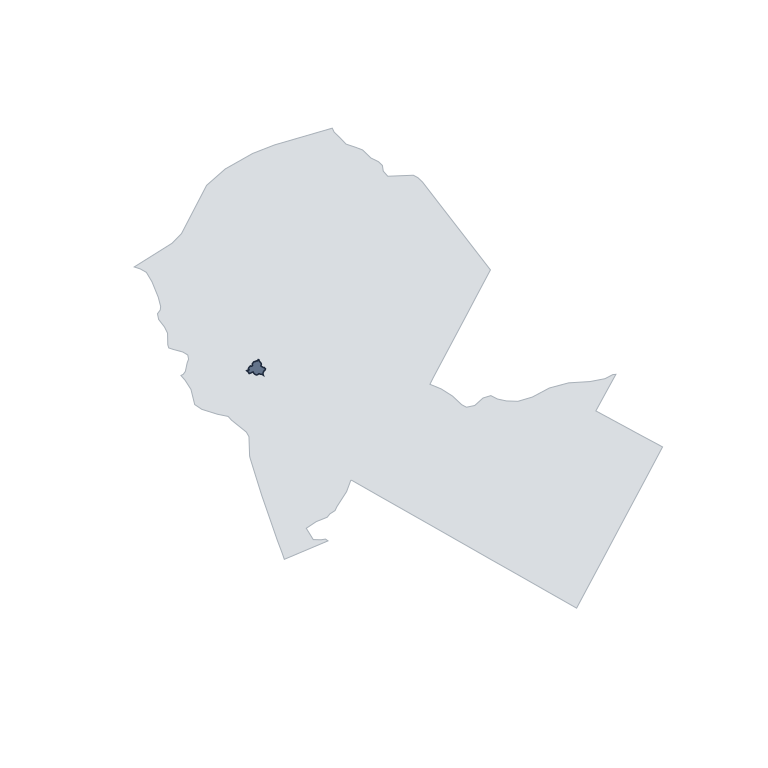 Cabañas, Zacapa, Guatemala (highlighted), rotated 118°
{"feature_id": "79465075B64001111402492", "entity_name": "Cabañas", "entity_type": "district", "adm_level": 2, "iso_a3": "GTM", "parent_name": "Guatemala", "parent_adm1": "Zacapa", "projection": "equal_earth", "projection_center": [-89.781, 14.891], "detail": "fine", "context": "in_parent", "style": "filled", "palette": "slate", "viewbox_px": 768, "rotation_deg": 118, "n_neighbors": 0, "source": "geoboundaries", "source_scale": "gbopen_adm2", "svg_char_len": 3389}
<svg xmlns="http://www.w3.org/2000/svg" viewBox="0 0 768 768"><g transform="rotate(118 384 384)"><path d="M182.4,549.8L185.0,546.3L187.3,538.3L190.0,530.1L188.4,520.6L187.4,512.8L190.6,501.6L190.3,493.2L191.8,488.0L196.4,484.6L198.8,478.2L185.9,456.1L185.9,451.0L187.6,444.8L198.3,421.2L210.9,393.2L224.9,362.2L233.3,343.6L263.7,343.6L283.8,343.5L309.3,343.5L337.0,343.5L355.2,343.5L362.7,343.3L361.5,331.2L362.5,317.8L365.8,305.7L365.8,300.3L360.4,293.8L349.9,290.0L344.1,284.2L344.0,276.8L341.5,268.0L336.4,257.6L325.9,246.9L309.9,236.1L296.3,221.5L285.1,203.2L275.6,191.4L268.3,186.4L266.6,183.8L288.0,184.1L308.3,184.3L308.5,158.1L308.7,134.8L308.8,108.5L345.5,108.5L389.4,108.6L434.8,108.6L470.5,108.7L491.5,108.7L490.6,141.3L489.5,179.1L488.8,206.9L487.7,244.0L486.6,282.0L485.2,333.8L484.2,367.3L484.7,368.1L496.6,366.5L514.4,368.0L518.7,367.8L524.1,370.8L528.3,371.6L537.3,379.2L547.9,384.9L554.6,373.4L551.1,366.4L548.4,362.9L548.8,359.8L585.6,389.7L581.3,394.3L572.0,404.9L555.0,423.2L539.9,439.5L525.3,454.3L512.1,467.6L510.6,468.9L493.9,478.5L491.1,482.9L487.5,501.7L485.8,506.4L488.9,516.9L491.9,533.0L491.0,541.5L479.4,551.9L474.1,561.3L471.8,567.3L469.7,565.8L466.1,565.3L457.8,567.7L453.8,568.2L450.5,570.9L450.2,576.7L452.4,586.2L453.2,591.0L450.9,593.3L440.7,599.0L436.7,604.6L432.8,613.3L428.3,617.0L423.7,616.3L420.4,617.6L413.3,624.1L402.7,636.8L397.0,646.2L396.8,653.2L397.9,659.5L359.2,637.2L346.3,633.4L291.9,633.9L268.6,625.1L242.1,608.2L224.2,592.8L182.4,549.8Z" fill="#d9dde1" stroke="#a8b0b8" stroke-width="1"/><path d="M438.1,507.9L437.9,507.7L437.3,507.3L436.9,506.8L436.3,506.4L436.0,506.3L435.5,505.8L435.1,505.5L434.8,505.3L434.9,505.1L435.2,504.7L435.6,504.1L435.8,503.6L435.8,503.3L436.0,502.8L436.0,501.9L436.0,501.6L436.0,501.3L436.0,501.0L435.8,500.7L435.5,500.3L435.0,500.0L434.7,499.7L433.8,499.4L433.7,499.4L433.5,499.1L433.4,498.9L433.5,498.3L433.5,497.9L433.3,497.5L433.1,497.2L432.8,496.3L432.8,495.4L432.9,494.6L432.6,494.9L432.5,495.1L431.8,495.6L431.7,495.7L431.4,495.8L430.2,496.2L429.8,496.0L429.5,496.0L429.0,496.1L428.6,496.1L428.4,496.0L428.3,495.9L428.1,495.8L428.1,495.7L427.9,495.6L427.7,495.6L427.4,495.6L427.2,495.6L426.9,495.6L426.7,495.7L426.4,495.7L426.3,495.8L426.2,495.8L426.1,496.0L426.0,496.3L426.0,496.5L426.0,496.8L426.0,497.0L425.9,497.2L425.8,497.3L425.7,497.4L425.8,497.5L426.0,497.9L426.1,498.1L426.1,498.4L426.1,498.5L426.0,498.8L426.0,499.5L426.0,500.8L425.9,501.1L425.7,501.2L425.4,501.4L424.6,501.3L424.4,501.4L424.0,501.8L423.9,501.9L423.5,502.0L423.4,502.2L423.1,502.9L422.9,503.3L422.8,503.6L422.5,504.4L422.3,505.0L422.0,505.3L421.8,505.5L421.5,505.5L421.4,505.6L421.5,506.0L421.4,506.4L421.5,506.6L422.3,506.5L422.5,506.6L423.2,506.7L423.4,507.0L423.4,507.4L423.5,507.7L423.8,507.8L424.4,508.0L424.7,508.5L424.8,508.5L425.1,508.9L425.3,509.0L425.7,509.5L426.8,509.5L427.4,509.8L427.8,509.8L428.2,509.7L428.6,509.4L428.9,509.0L429.1,508.8L429.6,508.8L430.5,509.2L430.7,509.6L430.6,509.9L430.6,510.2L430.7,510.4L430.8,510.5L431.8,510.7L432.4,510.9L432.8,511.0L433.7,511.0L433.9,511.0L434.2,510.9L434.5,510.5L434.6,510.4L434.6,510.0L434.8,509.8L435.1,509.8L435.3,509.9L435.4,510.0L435.6,510.6L436.0,511.1L436.3,511.3L436.7,511.5L436.7,511.4L436.9,510.8L437.0,510.4L437.1,509.9L437.1,509.3L437.2,509.1L437.3,509.1L437.5,508.9L438.1,508.1L438.1,507.9Z" fill="#64748b" stroke="#1e293b" stroke-width="1.5"/></g></svg>